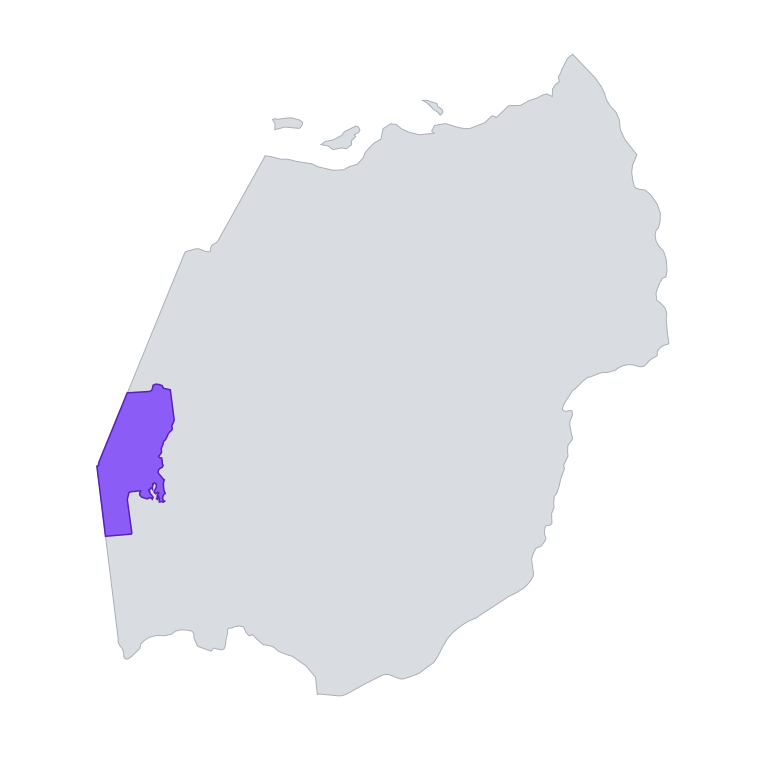 Mara highlighted on a map of United Republic of Tanzania, rotated 263°
{"feature_id": "TZA-3394", "entity_name": "Mara", "entity_type": "Region", "adm_level": 1, "iso_a3": "TZA", "parent_name": "United Republic of Tanzania", "parent_adm1": "", "projection": "orthographic", "projection_center": [33.712, -1.747], "detail": "fine", "context": "in_parent", "style": "filled", "palette": "violet", "viewbox_px": 768, "rotation_deg": 263, "n_neighbors": 0, "source": "natural_earth", "source_scale": "10m", "svg_char_len": 5750}
<svg xmlns="http://www.w3.org/2000/svg" viewBox="0 0 768 768"><g transform="rotate(263 384 384)"><path d="M278.3,552.9L269.4,548.3L261.3,545.4L254.7,542.3L251.7,539.2L245.5,538.0L240.1,537.5L235.1,534.6L224.9,533.6L223.7,531.7L223.5,527.4L221.8,526.3L218.0,525.2L214.0,525.3L211.6,525.9L210.1,525.6L206.8,523.1L203.7,519.9L202.5,514.9L197.8,511.6L192.4,509.1L177.4,509.3L175.0,508.6L171.5,506.0L167.3,501.8L163.9,496.9L160.9,490.3L157.8,481.5L140.3,446.1L138.5,439.4L135.1,431.9L129.5,422.8L123.6,416.0L115.6,409.9L106.6,403.8L101.7,399.6L92.3,382.9L90.4,375.1L88.9,367.0L89.4,363.7L95.1,353.3L95.7,350.3L95.0,346.3L92.1,338.0L88.4,327.9L80.9,309.5L79.8,304.8L79.9,301.3L84.1,282.6L84.0,280.0L101.3,280.3L113.9,272.1L124.9,259.8L127.1,254.7L131.5,246.8L135.9,242.8L137.6,240.1L140.1,232.3L145.9,226.9L151.5,222.8L150.3,220.0L151.1,218.9L154.2,216.8L160.2,214.9L161.4,210.8L161.3,206.1L160.3,203.5L160.5,200.5L159.6,198.8L155.7,198.4L149.9,196.1L145.0,195.1L141.7,193.8L140.4,192.8L139.9,190.0L142.6,182.8L139.9,179.9L145.9,167.9L147.0,166.5L149.2,166.3L152.7,165.0L155.9,164.4L158.5,164.9L160.5,164.4L162.2,163.1L163.6,159.0L164.8,152.3L164.1,146.8L161.6,142.5L160.9,136.1L162.1,127.4L161.2,120.1L158.4,114.4L155.6,110.9L151.2,109.3L144.4,100.5L142.3,96.3L142.7,93.6L145.0,92.5L149.4,92.9L153.5,91.8L157.3,89.4L161.0,88.7L163.0,89.1L336.4,89.0L538.7,202.3L539.6,203.6L541.1,213.4L540.8,216.7L537.6,222.3L536.7,225.2L536.7,227.3L537.4,228.1L540.1,228.4L542.3,229.7L543.1,230.7L544.8,235.0L547.0,237.1L623.3,292.7L625.0,293.6L623.9,298.2L619.5,309.5L619.2,314.2L617.5,319.7L615.8,323.4L611.3,339.2L607.6,345.1L602.4,359.0L601.5,369.6L604.2,377.1L605.2,384.0L611.0,390.9L615.7,393.3L618.8,396.5L624.4,403.6L627.5,410.8L637.6,414.3L641.5,422.4L640.0,427.9L635.2,432.4L630.7,439.8L627.1,449.5L626.8,464.4L629.2,462.1L634.5,465.8L635.0,476.7L629.4,489.4L627.6,495.4L627.2,500.5L631.0,515.7L636.9,523.5L636.4,525.9L634.8,527.9L645.0,541.6L643.9,553.5L647.6,562.8L649.2,570.9L651.6,577.0L652.0,581.3L648.7,586.0L656.2,587.2L660.6,591.0L662.6,594.7L668.0,594.6L670.9,597.1L675.1,599.2L684.3,605.4L686.7,608.5L688.2,611.5L662.1,630.9L652.7,635.9L646.1,638.2L639.0,639.4L632.2,642.5L625.7,647.3L617.6,649.7L607.6,649.6L597.1,653.0L580.6,663.0L571.1,657.4L563.7,655.6L555.0,655.8L549.8,656.5L547.9,657.7L546.2,661.1L544.7,666.7L539.0,672.0L529.0,677.2L519.8,679.1L511.5,677.8L505.9,675.6L503.0,672.6L498.6,671.2L492.9,671.4L487.3,673.6L482.0,677.6L473.6,679.3L462.1,678.8L455.9,676.8L455.1,673.4L450.1,669.5L440.9,665.0L434.0,664.9L429.6,669.2L425.6,671.9L422.0,673.0L418.7,673.2L414.1,672.0L401.3,671.5L389.2,671.7L388.0,665.4L385.5,661.6L383.4,659.3L379.2,658.8L378.0,657.0L376.6,653.1L374.6,649.8L371.9,647.1L370.2,644.5L369.7,642.2L370.1,639.6L372.7,633.2L373.5,628.8L373.2,624.3L371.9,619.7L369.0,614.2L369.3,612.6L368.4,608.8L368.3,606.2L368.8,602.9L368.3,598.6L365.8,589.4L365.8,587.1L363.2,582.6L355.2,572.1L354.8,570.7L342.1,560.1L337.1,557.8L335.2,559.7L334.5,561.6L335.1,565.0L334.8,566.7L334.2,567.4L331.2,567.3L329.3,566.9L324.5,564.1L320.8,563.4L311.5,563.9L308.2,564.6L305.7,563.9L300.8,559.1L295.0,558.0L289.8,557.8L281.3,552.3L278.3,552.9ZM639.3,375.5L643.4,387.3L642.8,389.5L639.9,390.8L638.3,390.9L636.5,389.0L635.2,385.0L633.0,386.0L629.2,381.2L625.4,381.0L622.1,375.3L623.5,370.4L622.8,362.0L627.0,357.7L629.3,350.5L631.9,355.4L632.4,363.1L635.9,372.2L639.3,375.5ZM660.2,305.5L660.5,308.3L659.7,310.9L659.8,319.3L659.4,324.8L656.2,332.5L653.6,335.2L651.3,334.4L649.5,333.1L648.0,331.0L651.1,317.0L649.7,306.6L655.6,307.6L660.2,305.5ZM649.8,474.9L646.9,475.6L645.7,474.9L643.9,472.6L647.1,470.6L650.2,466.9L657.4,461.3L660.8,456.9L660.2,461.2L656.0,470.7L652.6,471.3L649.8,474.9Z" fill="#d9dde1" stroke="#a8b0b8" stroke-width="1"/><path d="M336.7,89.0L337.5,89.0L337.6,90.4L338.4,90.9L340.4,91.1L344.6,93.4L356.4,100.0L368.3,106.7L377.3,111.7L380.2,113.3L392.1,120.0L403.9,126.6L406.5,128.0L405.2,149.8L405.7,152.3L407.8,153.7L410.9,154.6L411.7,157.4L410.9,160.6L409.5,163.6L407.9,164.1L406.6,164.7L404.3,171.2L373.9,171.4L371.8,170.5L368.7,168.4L367.3,168.3L365.5,168.5L364.0,167.7L362.7,165.8L361.2,164.0L357.1,161.6L355.3,160.3L354.0,158.4L352.7,157.7L351.2,157.4L346.9,155.0L344.9,155.0L343.0,154.8L339.5,151.5L338.1,152.3L337.7,154.3L335.5,154.5L331.8,154.3L330.3,154.9L328.2,153.7L328.2,153.2L327.3,151.0L325.7,149.5L323.6,149.0L321.6,150.0L319.1,151.8L318.5,152.1L317.7,152.3L317.0,153.0L315.7,154.3L313.5,153.2L310.4,152.7L307.1,152.6L304.3,152.8L302.8,153.4L302.0,153.5L301.7,153.0L301.4,152.3L300.8,151.7L299.4,150.9L297.8,150.4L296.5,150.4L295.4,150.9L294.4,152.1L294.0,151.4L293.8,151.0L293.7,150.6L293.7,150.0L294.2,149.2L294.4,148.6L294.4,148.2L294.3,147.6L294.2,147.2L294.3,146.6L294.5,146.7L294.8,146.7L296.4,146.8L296.4,146.7L297.7,147.1L298.0,147.3L298.4,146.7L298.4,146.0L297.9,145.3L297.1,144.9L297.8,144.2L298.6,144.8L299.4,145.9L299.8,146.7L300.1,146.7L300.1,145.1L301.0,145.3L303.2,147.2L303.4,146.8L303.6,146.6L304.3,146.4L302.8,144.1L304.3,142.7L306.1,143.2L309.7,145.6L312.2,145.6L312.6,145.8L313.0,145.0L313.7,144.3L313.9,143.5L313.1,142.5L312.6,142.8L312.3,142.7L311.9,142.5L312.1,142.4L312.3,142.2L310.1,141.6L307.7,141.4L309.2,140.5L309.3,140.1L308.9,139.5L307.7,138.8L307.4,138.3L307.7,137.6L307.0,137.5L306.4,137.6L306.0,137.8L305.8,138.4L303.9,138.5L301.7,140.0L299.6,141.1L297.8,139.9L299.2,139.1L299.4,139.0L299.4,138.2L299.4,137.8L299.8,137.0L299.1,135.9L298.8,135.0L301.2,129.7L303.5,128.0L305.9,128.3L307.4,129.5L307.9,126.6L307.7,123.6L308.0,120.5L307.4,117.7L300.7,115.1L266.7,115.6L265.8,114.8L266.8,89.0L273.7,89.0L277.0,89.0L287.2,89.0L297.3,89.0L305.8,89.0L307.4,89.0L317.1,89.0L317.6,89.0L327.7,89.0L332.2,89.0L336.4,89.0L336.7,89.0Z" fill="#8b5cf6" stroke="#5b21b6" stroke-width="1.5"/></g></svg>